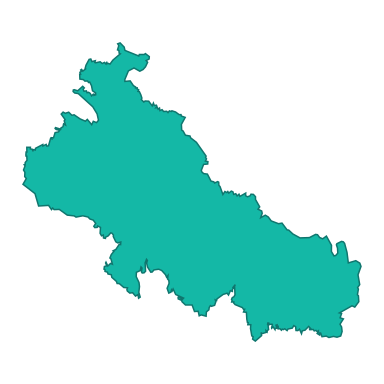 the district of Emiliano Zapata, Veracruz, Mexico
{"feature_id": "50627088B15654993016577", "entity_name": "Emiliano Zapata", "entity_type": "district", "adm_level": 2, "iso_a3": "MEX", "parent_name": "Mexico", "parent_adm1": "Veracruz", "projection": "equal_earth", "projection_center": [-96.752, 19.457], "detail": "fine", "context": "isolated", "style": "filled", "palette": "teal", "viewbox_px": 384, "rotation_deg": 0, "n_neighbors": 0, "source": "geoboundaries", "source_scale": "gbopen_adm2", "svg_char_len": 5894}
<svg xmlns="http://www.w3.org/2000/svg" viewBox="0 0 384 384"><path d="M149.3,56.6L145.4,53.6L144.2,54.5L139.3,54.5L138.8,56.0L126.6,51.1L124.9,50.3L124.2,47.1L120.1,42.9L117.7,43.8L118.8,45.6L117.5,49.9L118.9,50.5L119.2,53.3L120.3,53.8L112.9,60.1L110.0,64.1L107.4,63.1L107.0,63.7L106.7,62.5L105.6,63.8L104.5,62.4L102.2,63.5L100.2,61.8L95.5,62.8L94.8,62.5L95.3,60.7L91.9,61.6L90.8,59.0L89.1,59.4L86.0,65.2L85.1,68.5L85.6,68.9L82.8,71.1L81.6,69.4L80.7,70.0L81.3,71.3L79.9,72.3L80.6,74.3L79.7,74.3L79.9,79.1L83.4,79.6L84.9,81.1L87.6,81.0L88.5,82.5L89.7,82.1L91.5,85.7L92.5,90.8L95.6,92.9L95.7,94.8L94.1,95.3L94.2,94.3L93.4,94.1L91.6,95.9L90.2,93.4L88.6,92.3L87.1,92.7L86.4,90.9L84.0,91.2L83.1,89.2L84.3,87.9L82.7,86.3L77.7,90.8L74.3,89.7L73.3,90.0L73.1,91.5L74.7,93.0L78.3,93.6L92.8,106.8L97.1,113.9L98.5,120.3L96.5,122.6L93.3,121.3L91.7,124.7L87.3,119.4L85.4,121.2L80.1,118.9L74.1,114.8L71.9,115.3L68.7,112.2L65.3,113.3L63.1,112.1L61.2,114.1L65.1,119.6L64.2,120.8L65.5,125.0L63.6,123.9L63.0,126.7L60.8,128.1L60.7,129.2L55.5,127.6L55.1,128.5L56.2,129.5L59.7,130.3L58.5,131.9L55.1,132.6L53.5,137.8L51.5,137.7L51.8,138.9L50.6,138.4L48.5,145.8L46.9,146.2L46.2,144.4L42.9,146.0L42.8,144.5L35.5,148.3L35.3,150.0L33.2,149.6L32.9,151.4L32.4,149.3L30.3,148.9L30.4,147.3L26.8,147.3L26.9,152.0L26.1,152.0L25.9,155.0L26.0,156.1L26.8,156.2L27.0,160.3L25.2,162.5L25.2,164.3L24.2,164.7L25.1,165.8L23.5,170.0L24.9,172.3L24.7,176.6L26.3,178.5L23.0,184.3L35.0,193.6L38.6,206.0L48.6,205.4L51.5,209.6L52.7,208.1L54.1,209.6L59.3,209.4L67.2,215.1L74.2,215.9L76.0,217.1L82.8,215.8L88.0,217.0L89.9,219.0L93.2,220.1L95.7,223.4L93.8,226.3L94.8,227.6L97.2,227.4L97.6,226.0L100.5,227.4L100.1,233.3L101.5,235.8L103.3,235.1L103.5,238.0L105.4,238.4L105.4,237.3L108.3,235.8L110.7,232.9L112.0,233.2L113.4,235.0L113.3,236.6L115.8,241.8L117.7,242.9L120.8,242.0L120.6,244.6L119.3,244.2L115.9,249.4L113.1,250.8L113.9,251.4L111.3,254.5L109.9,258.0L111.0,259.0L112.4,264.2L110.6,263.4L107.8,266.0L106.0,262.2L105.6,263.0L106.8,265.8L104.4,266.5L104.0,269.2L105.1,269.9L105.0,271.4L107.5,272.2L108.0,274.0L111.3,274.7L111.8,277.3L116.5,281.5L117.1,283.5L119.3,283.6L123.8,287.5L127.5,287.8L126.9,289.6L127.3,291.0L129.8,293.1L132.6,292.7L135.5,296.1L137.9,294.6L138.6,298.2L140.2,297.1L138.8,292.3L139.5,286.6L139.0,282.5L136.2,276.6L136.4,272.3L140.2,270.6L141.0,266.9L142.0,268.0L141.5,271.9L142.2,273.0L144.1,272.8L145.6,271.2L145.1,262.9L146.5,259.3L147.4,260.5L146.6,263.1L147.5,267.0L150.8,272.2L152.2,272.0L154.0,269.9L158.7,269.2L161.7,270.5L165.5,274.7L166.6,277.2L168.0,275.5L167.6,279.0L168.8,280.4L169.1,283.3L167.1,288.3L168.8,293.1L171.0,292.1L171.5,289.9L172.2,291.0L173.1,289.0L175.7,294.5L183.6,298.1L182.4,299.4L179.0,296.9L178.1,297.3L178.2,298.9L181.7,300.4L182.0,301.7L185.5,305.0L192.1,305.0L194.5,311.5L198.2,311.3L199.2,315.8L201.2,314.9L206.1,316.2L206.4,311.9L208.9,309.8L209.2,307.5L210.4,305.6L211.5,306.3L214.6,305.3L215.8,301.8L215.3,299.9L216.6,300.5L217.0,298.9L223.2,294.4L227.1,293.2L228.5,295.0L230.4,290.7L232.4,291.4L232.4,289.4L233.9,287.9L233.0,287.4L235.3,284.6L234.6,286.1L235.0,294.8L233.9,296.8L232.3,297.6L231.5,299.4L232.1,300.5L231.7,302.0L233.8,301.9L233.7,303.0L235.1,304.6L242.4,307.6L243.5,309.3L244.6,309.3L243.5,312.0L246.4,312.3L246.8,319.1L247.4,322.4L248.2,322.6L247.8,324.7L250.8,324.7L250.5,328.4L251.8,335.9L253.1,336.7L252.6,339.1L255.3,341.1L261.6,335.6L261.1,332.4L261.8,333.7L266.2,332.4L266.0,330.7L267.1,331.9L267.3,330.6L268.6,329.6L268.1,325.8L268.8,325.0L267.6,324.5L267.8,323.0L268.8,323.0L269.1,324.4L272.1,324.2L272.4,324.7L271.6,327.6L271.7,328.2L273.1,326.9L275.0,329.6L275.2,328.4L277.0,328.2L276.0,325.2L277.1,324.8L277.1,326.3L278.2,326.3L278.2,328.9L279.9,328.7L281.4,330.2L282.2,329.1L283.3,329.6L284.7,328.8L287.1,330.6L288.0,329.0L292.3,328.1L293.8,325.6L295.6,326.7L296.0,330.5L297.8,330.6L299.5,329.2L301.5,333.7L302.3,330.8L305.0,330.2L308.7,326.4L310.7,328.6L309.5,329.0L309.8,329.7L313.3,329.5L314.2,330.9L316.0,330.4L317.2,331.7L318.4,330.8L318.4,332.1L317.2,333.5L319.6,335.0L319.7,333.0L320.6,333.0L322.0,336.7L326.3,336.1L328.9,337.5L333.5,336.4L337.0,337.2L340.7,336.0L342.1,331.5L341.6,327.0L340.0,324.2L343.4,318.9L340.1,317.8L341.6,313.5L339.4,312.9L352.0,305.8L354.8,307.1L358.8,301.7L358.4,295.7L357.4,294.8L358.4,289.1L357.6,287.6L359.7,284.6L358.0,274.8L361.0,266.4L359.8,263.1L355.8,260.7L348.3,262.9L347.0,252.4L344.6,243.4L343.3,241.8L341.5,241.4L336.9,243.7L336.4,244.8L337.5,248.1L337.8,253.1L335.7,255.5L334.0,255.9L331.4,251.5L331.5,245.3L326.4,236.1L322.7,238.8L319.6,237.5L317.5,234.7L315.6,234.4L309.4,237.6L300.0,237.9L292.9,234.0L288.7,230.1L287.1,229.9L282.0,223.1L278.5,223.7L271.2,220.9L268.3,217.0L265.3,215.2L260.7,217.7L262.2,213.3L261.7,211.0L258.0,209.2L259.7,206.9L255.5,199.5L255.5,196.7L253.4,194.4L251.0,194.2L250.1,195.8L247.5,196.8L245.6,195.7L245.7,193.1L239.9,196.4L239.0,194.2L237.1,195.9L235.8,193.7L233.7,194.4L232.9,191.8L231.3,191.1L228.8,193.1L227.8,191.5L226.8,192.6L224.9,191.5L222.9,194.5L220.0,186.5L218.9,185.4L218.7,182.2L217.7,181.6L214.6,183.0L213.8,181.8L211.0,181.1L207.4,174.1L203.7,173.6L201.9,172.0L201.3,170.4L203.6,164.4L207.7,164.0L207.9,161.6L205.4,161.1L206.5,158.8L205.5,157.3L206.1,156.1L196.4,142.3L190.6,137.8L190.0,136.0L185.4,135.2L183.1,131.0L181.7,130.1L181.4,124.4L185.2,117.4L181.3,116.0L181.0,114.6L179.1,114.6L175.6,112.0L171.9,110.8L171.3,111.5L169.4,110.9L168.0,112.6L166.7,111.3L163.6,111.5L162.1,109.7L159.9,110.6L159.5,108.1L158.1,109.2L157.4,107.6L155.8,107.8L156.9,106.3L156.4,105.2L154.3,105.5L153.4,103.1L152.2,105.9L148.7,101.2L145.1,101.0L143.8,102.0L141.3,99.5L141.9,98.1L140.8,94.7L139.4,91.7L138.0,91.4L138.7,89.9L137.1,88.9L137.2,87.9L135.5,87.9L135.6,87.0L133.4,85.6L130.2,80.9L124.9,81.4L124.8,79.6L128.4,70.9L134.0,68.0L139.8,71.2L143.1,69.5L145.5,66.8L147.6,62.3L146.1,60.6L149.1,59.0L149.3,56.6Z" fill="#14b8a6" stroke="#0f766e" stroke-width="1.5"/></svg>